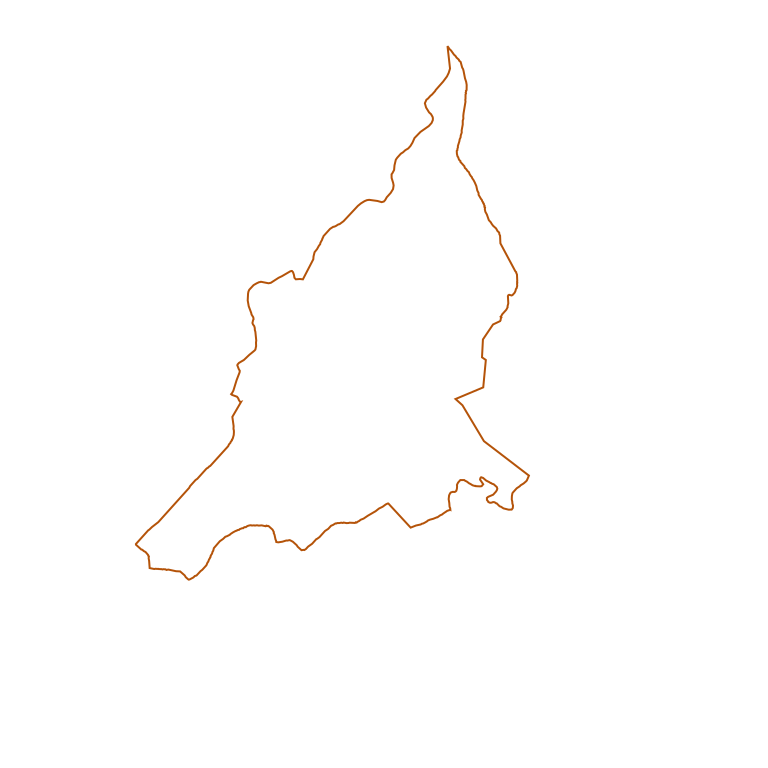 Tibas, San José, Costa Rica (orthographic projection), rotated 312°
{"feature_id": "36466004B13959019821859", "entity_name": "Tibas", "entity_type": "district", "adm_level": 2, "iso_a3": "CRI", "parent_name": "Costa Rica", "parent_adm1": "San José", "projection": "orthographic", "projection_center": [-84.08, 9.956], "detail": "fine", "context": "isolated", "style": "outline", "palette": "amber", "viewbox_px": 768, "rotation_deg": 312, "n_neighbors": 0, "source": "geoboundaries", "source_scale": "gbopen_adm2", "svg_char_len": 6146}
<svg xmlns="http://www.w3.org/2000/svg" viewBox="0 0 768 768"><g transform="rotate(312 384 384)"><path d="M555.6,406.3L566.4,376.4L571.9,371.0L572.5,369.5L573.6,368.2L573.6,366.1L574.6,363.2L574.6,359.1L575.2,356.3L575.6,355.4L575.9,352.3L578.8,347.0L579.8,344.1L581.4,341.9L582.8,341.0L582.8,340.0L583.7,339.6L584.3,337.9L584.9,337.4L584.9,336.3L585.4,335.8L585.5,334.9L586.3,333.4L586.4,332.4L587.9,327.7L589.2,326.5L590.2,323.9L592.9,320.1L594.5,316.6L595.5,313.9L595.9,312.0L596.6,310.6L596.6,309.6L597.3,307.1L598.2,305.4L598.2,303.3L598.7,301.5L598.7,299.5L599.6,298.0L600.2,292.1L600.8,291.6L600.9,289.6L602.2,287.3L602.3,286.4L603.8,284.2L605.9,282.1L607.0,282.0L607.7,281.3L609.5,280.5L610.2,279.7L614.8,277.6L616.5,276.5L618.5,275.9L620.1,274.7L622.9,273.5L624.3,272.1L629.5,268.9L632.4,266.3L634.2,265.5L636.2,263.6L638.4,262.0L648.4,255.6L649.5,254.3L650.4,253.8L653.8,250.8L654.7,250.6L655.2,249.7L656.2,249.4L656.7,248.7L657.7,248.7L661.6,245.3L663.5,242.9L665.4,239.6L670.0,233.5L670.9,232.1L671.5,230.3L674.6,225.5L674.6,223.4L675.1,222.6L675.1,219.5L675.6,217.7L675.6,215.6L676.7,210.7L676.7,208.7L677.6,205.1L662.6,222.0L658.5,223.9L654.7,225.0L648.2,225.6L637.1,225.7L635.8,226.0L631.2,226.0L629.3,225.7L625.4,225.7L623.7,225.3L620.0,226.5L617.6,230.3L616.0,235.8L616.0,238.4L615.0,241.4L614.3,242.4L612.8,243.7L609.8,244.7L605.8,244.7L595.7,242.4L587.2,242.1L582.3,243.7L578.5,244.4L575.2,244.4L572.1,243.4L568.9,243.1L566.4,242.4L561.1,242.4L558.6,242.7L553.5,245.5L549.8,248.3L546.2,249.2L544.9,249.3L542.2,251.8L539.6,256.2L538.0,258.3L534.9,260.3L530.5,261.1L524.6,261.1L521.5,261.8L519.5,261.8L517.6,260.6L515.6,256.6L510.9,249.7L509.2,248.3L506.9,247.2L502.8,246.0L498.9,245.4L477.9,245.0L473.0,244.0L472.1,243.3L468.9,242.4L467.2,241.5L466.9,241.1L463.2,240.1L453.4,240.1L451.7,240.8L451.0,240.8L450.0,241.4L446.3,242.3L445.2,243.0L443.2,243.1L439.4,244.0L435.5,244.2L431.6,246.3L429.4,248.0L407.5,253.7L405.8,251.3L402.8,248.4L403.0,246.4L404.8,244.1L406.2,241.6L406.4,240.0L406.0,239.5L404.9,238.9L395.8,236.0L392.4,234.6L383.5,232.2L381.6,230.8L377.6,224.1L376.8,223.7L376.2,223.1L373.6,222.0L370.2,220.9L363.9,220.8L362.0,221.4L360.2,222.5L354.9,226.8L351.3,231.4L348.0,237.7L347.0,239.1L346.1,242.2L344.9,243.7L343.8,244.0L341.3,245.4L340.6,246.8L340.2,248.8L339.2,250.4L337.7,251.9L336.7,253.5L330.8,260.0L329.2,261.1L326.6,263.6L323.5,265.4L322.2,265.4L315.6,264.4L308.1,263.8L302.7,262.1L300.6,262.1L299.8,262.4L297.9,266.1L297.3,268.0L296.0,268.9L288.2,271.9L278.3,276.5L275.4,277.2L274.2,277.2L274.2,278.3L276.2,283.3L275.8,285.3L275.0,286.8L274.5,288.8L274.5,289.6L274.9,289.8L258.1,293.3L252.1,300.4L249.8,302.3L249.3,303.2L247.9,304.6L245.5,306.5L242.0,308.2L240.9,308.2L240.4,308.7L238.4,308.8L237.5,309.2L235.4,309.2L233.5,309.8L206.8,309.7L205.9,309.3L203.8,309.2L202.9,308.8L201.9,308.7L188.6,308.7L186.6,308.2L178.4,308.2L176.5,308.7L130.3,308.7L122.5,307.3L118.5,307.0L117.6,306.7L99.1,306.7L98.6,307.2L98.6,314.4L99.1,315.3L99.1,317.3L99.6,319.2L99.1,323.1L98.6,323.7L98.6,324.6L97.1,325.6L95.4,327.8L90.4,333.0L92.8,337.1L93.7,337.7L94.9,339.3L95.5,339.8L95.8,340.5L97.5,342.5L97.9,343.4L98.6,343.8L100.1,345.7L100.2,346.7L101.8,347.9L105.7,354.7L108.3,357.9L108.4,364.0L107.8,365.9L107.8,369.0L108.0,369.9L108.9,370.4L112.7,371.8L114.7,371.9L116.2,372.8L122.3,372.9L124.3,373.3L130.5,373.3L133.3,372.3L134.3,372.3L136.7,371.3L137.7,371.3L138.5,370.9L139.5,370.8L140.0,370.3L141.0,370.0L142.9,369.7L144.7,368.8L145.7,368.7L148.2,367.4L157.3,367.2L161.3,368.1L164.3,368.3L165.9,369.2L168.8,370.3L169.8,370.3L172.8,371.1L175.6,372.1L176.4,372.7L177.3,372.8L178.7,373.9L179.6,373.9L181.9,375.1L182.7,375.9L183.7,375.9L184.5,376.3L185.1,377.1L187.0,377.5L188.7,378.5L190.0,379.6L190.4,380.5L192.0,382.0L192.4,382.8L194.0,384.1L195.0,385.7L197.1,387.7L199.1,391.2L200.0,391.3L200.2,392.2L200.9,392.6L201.2,393.5L201.2,398.6L200.2,401.3L199.5,401.7L198.7,403.5L195.8,407.5L195.5,408.4L194.5,409.7L195.6,411.4L198.8,414.0L202.3,416.1L202.9,416.9L204.8,418.3L205.1,419.0L205.8,421.8L205.8,426.9L205.3,428.8L205.3,433.9L206.9,435.2L207.3,435.9L209.2,436.4L212.3,436.4L217.2,437.5L223.4,437.5L224.2,437.9L227.1,438.5L235.3,438.5L239.1,439.5L243.2,439.5L245.1,440.4L247.9,441.2L248.4,441.9L249.4,442.3L250.7,443.8L252.3,445.0L253.2,446.4L254.0,446.7L255.6,449.3L257.0,450.7L257.9,451.2L261.3,455.4L262.3,455.5L262.7,456.4L263.8,456.5L265.6,457.2L267.5,457.5L270.3,458.9L275.2,460.1L284.0,462.9L288.1,463.6L291.8,465.1L295.7,465.9L297.6,466.7L298.1,467.2L295.1,499.9L300.3,502.5L304.2,505.3L305.4,505.6L306.5,506.4L308.0,507.0L310.8,507.9L311.7,507.9L313.9,508.9L316.8,510.8L320.5,512.6L320.7,512.9L323.9,513.6L326.2,514.6L327.0,514.6L332.2,515.9L333.6,516.8L334.8,517.1L334.9,517.5L336.0,516.3L336.6,514.9L339.2,512.2L341.7,509.1L344.8,506.9L346.8,506.3L348.0,506.2L349.8,507.2L351.0,508.7L351.8,509.1L353.0,509.2L354.9,508.3L357.1,506.6L357.7,505.8L358.8,505.4L360.4,505.0L363.7,505.0L366.3,507.9L366.4,509.2L366.9,510.7L367.2,514.1L367.5,514.8L368.0,517.6L369.2,520.1L369.6,520.3L369.6,520.7L372.2,523.9L373.4,524.9L375.9,524.8L377.2,519.4L378.5,518.6L379.7,518.6L380.5,520.5L380.6,524.6L381.6,528.2L381.7,529.4L382.0,529.7L382.2,531.1L382.9,532.6L382.9,536.8L382.0,538.3L380.6,538.9L379.0,539.2L374.8,539.2L369.8,536.9L368.2,536.7L366.7,538.1L366.4,540.0L366.1,540.5L366.7,542.3L367.9,543.4L369.0,543.9L369.8,544.7L370.3,546.1L370.3,547.0L370.7,547.6L370.5,551.7L371.1,553.2L371.5,556.0L374.0,560.7L376.1,562.9L376.4,562.9L378.0,562.7L380.0,561.2L381.3,559.1L382.2,558.3L383.7,556.2L386.2,554.1L388.6,552.6L389.4,552.4L395.3,552.4L398.8,553.3L400.1,553.3L403.5,554.3L406.7,554.7L407.9,554.7L412.9,553.0L408.4,496.5L420.7,456.5L420.7,447.2L447.9,460.0L470.0,443.6L469.4,439.0L483.3,427.7L501.2,425.2L508.4,428.2L509.3,428.0L511.0,426.9L512.0,426.7L512.0,425.7L513.0,425.7L514.9,425.2L521.0,425.2L523.8,424.5L524.4,423.8L527.1,422.4L532.2,417.3L533.1,417.0L534.0,417.3L535.2,419.6L536.1,420.0L539.2,420.0L541.0,419.5L542.8,418.5L543.8,418.5L546.1,417.3L547.5,415.8L548.4,415.4L548.8,414.6L549.6,414.2L554.3,409.6L555.1,407.9L555.6,407.3L555.6,406.3Z" fill="none" stroke="#b45309" stroke-width="2"/></g></svg>